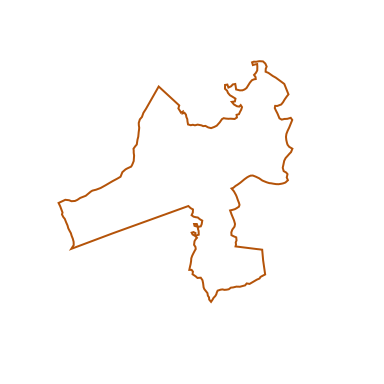 Cajari, Maranhão, Brazil, rotated 331°
{"feature_id": "56859067B3891057175323", "entity_name": "Cajari", "entity_type": "district", "adm_level": 2, "iso_a3": "BRA", "parent_name": "Brazil", "parent_adm1": "Maranhão", "projection": "albers", "projection_center": [-45.03, -3.406], "detail": "fine", "context": "isolated", "style": "outline", "palette": "amber", "viewbox_px": 384, "rotation_deg": 331, "n_neighbors": 0, "source": "geoboundaries", "source_scale": "gbopen_adm2", "svg_char_len": 3921}
<svg xmlns="http://www.w3.org/2000/svg" viewBox="0 0 384 384"><g transform="rotate(331 192 192)"><path d="M317.4,112.2L314.3,110.2L311.2,109.2L309.3,108.0L307.4,107.7L306.8,110.5L309.0,111.0L311.0,111.7L310.0,113.9L308.0,117.3L305.6,118.8L303.0,119.7L303.3,122.3L302.5,124.1L300.8,123.5L298.6,123.3L295.7,124.4L290.1,127.5L287.7,127.8L285.3,127.5L283.1,126.3L280.3,123.7L281.4,120.8L282.2,118.5L279.8,117.7L277.5,118.5L274.5,118.3L275.0,115.2L272.8,114.4L270.9,117.7L271.8,120.4L271.5,122.8L272.1,125.8L273.3,127.8L275.3,131.4L273.4,133.6L270.5,132.5L271.1,135.7L272.9,138.8L274.7,140.2L276.7,139.6L276.9,142.0L274.9,143.9L273.1,145.0L270.8,146.7L268.4,146.1L267.4,148.6L264.7,148.8L261.5,146.7L259.3,145.6L257.2,144.2L255.5,142.8L253.5,142.8L250.1,144.5L245.8,146.0L243.0,145.9L239.7,145.4L237.5,143.4L235.8,140.7L233.7,139.8L232.6,138.3L229.6,135.8L226.9,135.1L225.3,133.6L223.3,133.0L221.3,131.0L222.3,128.0L223.2,126.0L223.4,123.8L224.2,121.4L223.8,119.0L221.9,118.7L222.9,117.2L220.8,117.2L220.8,115.2L220.6,112.3L222.8,110.1L214.0,83.6L192.0,97.0L187.9,99.2L184.6,102.1L181.6,103.2L178.9,105.8L177.8,108.0L177.0,110.2L175.9,111.8L174.4,113.8L172.9,116.0L171.8,117.6L169.7,119.8L166.7,123.7L164.5,124.5L161.8,125.8L161.1,127.5L160.0,129.5L159.0,132.1L156.0,136.7L152.9,139.2L151.1,140.3L146.9,140.0L144.8,140.0L140.7,140.9L136.9,144.0L133.4,144.1L127.9,144.0L119.8,144.2L114.0,144.2L109.3,143.5L105.5,142.5L103.5,142.6L97.2,143.8L91.4,143.0L87.9,143.3L85.3,143.1L82.1,141.6L80.5,139.6L77.4,137.4L70.0,136.9L69.8,140.6L68.8,147.2L67.4,148.6L67.3,151.5L67.7,153.8L67.2,157.6L66.9,160.9L66.2,163.8L66.1,166.7L66.1,169.3L65.5,171.9L65.1,175.1L64.3,178.2L62.8,181.1L58.9,183.2L73.0,185.3L102.6,189.7L182.0,202.5L183.0,205.5L184.4,207.7L182.8,210.3L180.4,212.1L181.4,214.3L183.1,215.9L184.7,217.1L185.7,219.7L187.1,222.0L184.9,224.8L183.0,226.3L180.2,225.3L179.3,227.2L178.9,229.3L177.2,232.6L173.4,231.9L174.1,234.5L172.1,235.2L170.3,236.3L168.2,239.2L168.4,241.7L167.6,243.7L165.3,245.1L163.2,246.5L161.2,247.9L159.2,249.7L157.7,252.0L155.9,254.3L154.0,256.4L151.9,258.8L153.9,259.9L154.2,262.1L152.6,264.2L154.3,267.5L155.1,269.8L158.1,271.2L158.4,274.2L157.5,277.1L155.9,281.1L155.7,283.0L156.5,287.9L155.6,290.4L155.8,292.4L154.9,294.4L155.4,297.3L157.8,296.1L159.6,295.0L161.9,294.3L163.6,293.3L165.0,291.9L166.6,290.7L169.7,291.3L171.5,292.0L172.9,293.3L174.9,294.2L177.0,294.9L179.6,294.5L181.7,295.4L185.0,296.3L188.0,298.1L193.2,299.4L195.5,298.5L197.8,300.3L202.7,300.2L206.2,300.1L209.1,300.4L210.7,299.5L213.3,299.5L216.0,299.6L221.1,286.2L225.4,276.5L223.4,275.0L221.4,273.6L203.7,260.7L205.0,259.3L205.8,257.3L207.5,255.9L208.7,253.1L207.0,251.0L205.6,248.9L206.8,246.4L209.1,244.4L212.4,242.9L214.1,240.9L215.0,237.2L215.4,233.6L215.7,231.0L216.4,226.6L218.5,227.2L221.1,227.8L223.1,227.8L225.9,227.6L227.3,226.3L227.8,224.3L228.2,221.2L228.8,217.9L229.0,215.9L229.0,211.7L228.3,208.1L230.1,208.4L233.0,207.8L235.2,207.7L238.8,207.3L244.0,206.3L247.4,205.9L249.3,205.9L251.2,206.1L253.2,207.1L255.2,209.5L257.4,212.6L259.1,216.1L260.7,218.1L262.0,219.7L263.9,221.7L265.5,222.8L267.3,224.3L269.4,225.9L271.6,227.2L274.4,228.2L276.2,228.7L278.3,229.0L281.6,228.2L281.9,225.2L284.2,222.7L283.8,220.6L282.3,218.2L283.1,214.8L285.2,212.4L287.8,209.4L290.3,207.7L293.2,206.7L295.4,205.9L298.0,205.1L300.8,202.8L298.9,199.6L298.5,196.9L298.9,195.0L299.7,192.2L300.9,189.4L302.7,187.0L305.2,184.9L308.3,182.7L314.6,177.6L314.3,175.0L310.8,174.2L308.2,172.9L305.6,172.2L304.2,170.0L304.8,164.8L304.9,161.2L305.1,158.7L306.5,157.0L308.3,158.1L312.5,158.7L315.2,157.6L317.9,156.0L321.2,154.4L323.7,153.4L325.1,142.2L322.5,136.5L320.7,132.6L318.9,129.7L316.6,124.9L314.7,122.5L316.2,120.0L318.1,118.5L318.4,115.2L317.4,112.2ZM173.4,231.9L175.1,229.6L173.9,227.8L172.0,227.4L171.9,229.4L173.4,231.9ZM180.2,225.3L180.7,222.3L178.3,221.0L177.8,222.8L180.2,225.3Z" fill="none" stroke="#b45309" stroke-width="2"/></g></svg>